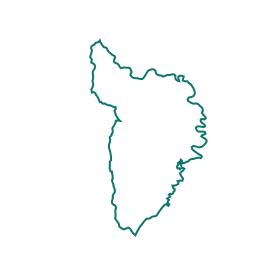 the district of Ribeirãozinho, Mato Grosso, Brazil, rotated 315°
{"feature_id": "56859067B204587652476", "entity_name": "Ribeirãozinho", "entity_type": "district", "adm_level": 2, "iso_a3": "BRA", "parent_name": "Brazil", "parent_adm1": "Mato Grosso", "projection": "natural_earth1", "projection_center": [-52.747, -16.459], "detail": "fine", "context": "isolated", "style": "outline", "palette": "teal", "viewbox_px": 256, "rotation_deg": 315, "n_neighbors": 0, "source": "geoboundaries", "source_scale": "gbopen_adm2", "svg_char_len": 4114}
<svg xmlns="http://www.w3.org/2000/svg" viewBox="0 0 256 256"><g transform="rotate(315 128 128)"><path d="M141.0,190.7L142.3,191.8L143.3,192.7L144.9,193.0L147.0,194.2L149.4,194.1L151.3,195.2L152.7,196.3L154.3,197.1L155.8,198.0L157.2,199.1L158.2,200.8L159.9,200.5L160.4,199.1L159.8,197.7L159.1,194.3L158.7,192.0L158.4,190.0L158.5,188.2L159.4,186.6L161.4,186.8L162.9,189.0L163.6,190.6L164.8,192.2L166.7,193.4L169.9,193.8L171.9,193.7L173.8,193.3L175.0,192.0L174.9,189.5L174.1,187.2L173.9,185.7L175.1,185.4L176.7,186.2L178.6,186.9L179.6,185.5L178.6,183.6L177.2,182.3L175.6,180.8L175.0,179.4L175.2,177.8L176.0,175.9L177.6,175.7L178.9,176.6L179.9,177.6L180.9,179.1L182.4,181.1L183.8,181.3L184.4,179.7L184.0,177.2L184.0,174.9L185.5,173.4L186.8,174.0L188.1,175.9L190.0,176.2L190.5,174.7L190.6,172.1L191.0,169.5L193.0,168.8L194.3,167.1L194.8,165.4L194.4,163.9L194.6,162.3L194.4,160.1L192.9,158.2L191.4,157.0L190.5,155.3L190.0,153.3L189.6,151.3L190.4,149.9L192.5,149.5L194.7,150.9L196.7,151.6L199.0,151.3L200.6,149.9L201.5,148.2L202.5,145.6L202.9,143.7L203.3,141.6L202.8,139.1L203.1,137.1L202.1,136.0L201.1,135.1L200.4,133.0L202.2,131.9L203.8,131.0L203.0,128.9L201.3,127.5L199.8,127.3L198.6,128.7L197.4,131.1L196.4,129.5L196.2,127.3L196.9,126.0L198.3,124.8L198.6,123.3L198.0,121.9L196.3,120.8L194.8,119.9L193.7,118.7L192.4,117.9L190.5,117.1L189.1,116.4L188.6,114.2L187.3,112.8L186.3,110.8L186.7,108.7L187.9,107.1L187.7,104.9L186.5,103.4L185.1,102.7L183.5,101.8L182.2,101.8L180.6,102.2L178.3,102.7L176.3,103.3L174.5,103.5L172.9,103.5L171.1,101.7L169.9,99.5L168.5,98.1L167.6,96.9L167.0,95.6L166.9,93.9L167.2,92.2L168.3,91.5L169.9,91.2L171.1,89.1L171.7,86.8L170.7,85.4L169.5,84.3L168.6,83.0L167.6,82.1L166.4,81.4L165.3,80.5L165.4,78.9L166.0,76.9L166.0,74.7L165.0,73.2L165.0,71.2L166.4,70.0L168.2,69.3L169.4,68.2L169.0,66.3L168.5,64.6L168.5,62.9L168.2,61.1L168.5,58.7L169.4,56.8L169.2,55.2L168.0,53.8L168.4,51.6L168.8,49.8L169.1,47.7L170.0,46.2L168.0,46.4L166.8,45.8L165.4,44.8L163.6,45.3L161.8,44.7L159.7,44.5L158.4,45.4L157.3,47.7L156.0,48.6L153.6,49.8L151.4,51.1L150.8,54.1L149.4,54.8L148.3,56.0L149.1,57.9L149.0,60.0L147.8,61.6L146.0,62.5L144.6,62.7L142.7,63.4L140.8,65.6L139.7,67.2L137.5,68.8L136.3,69.5L135.3,71.0L134.2,72.7L131.9,74.0L129.5,74.7L128.4,76.1L127.6,77.5L129.0,78.1L129.6,80.2L128.7,82.0L128.4,84.6L127.3,87.8L126.4,89.8L127.5,90.7L127.3,92.9L128.9,94.2L129.4,96.3L130.2,98.0L131.5,99.5L132.1,101.1L132.8,103.5L134.0,104.3L132.9,105.9L130.7,106.2L129.9,107.8L128.7,109.8L128.1,112.1L127.6,113.6L127.4,115.1L127.4,117.2L126.2,115.7L124.5,114.2L123.4,115.2L121.7,115.9L119.8,116.5L118.5,116.7L116.9,117.0L115.6,118.6L114.6,119.8L113.4,120.6L112.1,120.8L111.0,121.7L109.0,121.5L107.9,122.3L107.2,123.6L105.8,124.7L104.5,125.6L102.9,126.3L101.4,127.5L99.7,130.0L98.5,132.5L97.1,134.2L95.9,136.0L94.6,137.4L93.2,138.8L91.2,139.0L89.4,141.0L87.8,142.4L86.7,143.4L85.7,144.9L85.0,146.4L85.8,147.6L84.6,148.9L83.5,150.7L82.3,152.0L81.4,153.1L80.0,153.3L78.9,154.9L78.1,156.7L77.4,158.1L76.2,159.6L75.4,161.8L73.5,163.9L71.9,164.4L70.5,164.6L69.2,165.1L68.0,166.7L65.8,167.9L64.2,169.0L63.4,170.2L63.5,171.9L64.1,173.8L63.4,175.8L60.9,177.2L59.9,178.1L58.7,179.6L57.3,181.2L54.9,182.9L54.0,188.2L53.5,189.9L52.2,191.3L52.4,194.3L53.4,196.8L55.9,197.9L57.7,198.6L58.3,201.2L57.5,203.9L57.3,206.9L57.3,209.1L60.2,208.1L61.7,207.5L63.0,207.4L65.0,206.6L67.2,206.2L71.2,205.8L73.7,205.4L76.8,205.2L79.5,207.4L82.4,207.7L83.6,208.7L86.0,210.1L87.8,209.9L90.5,209.2L95.7,208.4L97.0,208.3L99.7,208.4L101.3,208.8L101.4,211.5L103.1,211.3L103.0,208.9L104.8,207.9L106.1,207.9L105.8,205.7L108.0,206.1L109.3,206.3L109.9,204.0L111.4,204.4L112.3,205.9L113.6,206.0L114.9,205.4L116.3,205.4L117.8,204.3L117.5,202.7L118.7,200.2L120.2,201.7L122.2,202.6L123.9,203.1L125.4,202.2L125.5,200.7L127.5,201.9L129.2,203.7L131.1,202.8L131.5,200.8L131.8,199.1L132.7,196.7L134.9,196.8L136.9,197.0L139.1,196.6L138.1,194.0L135.5,194.0L135.6,192.3L134.4,191.6L135.2,189.9L137.6,189.4L138.6,188.1L140.8,188.7L143.0,187.8L142.9,189.4L141.0,190.7ZM141.0,190.7L139.6,190.4L139.1,192.0L141.0,190.7Z" fill="none" stroke="#0f766e" stroke-width="2"/></g></svg>